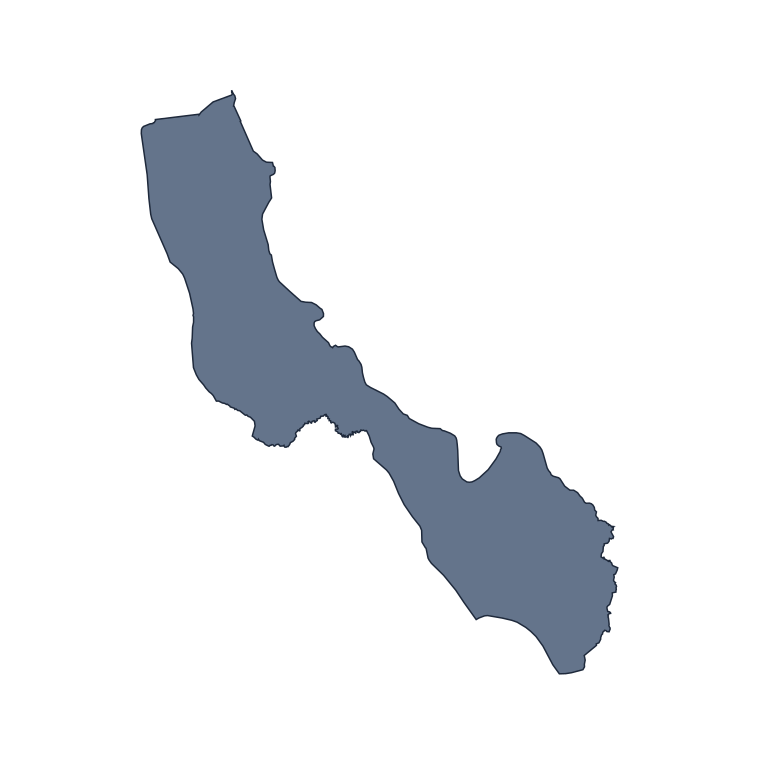 Kolaka Timur, Sulawesi Tenggara, Indonesia (Robinson projection), rotated 172°
{"feature_id": "22746128B88028223529334", "entity_name": "Kolaka Timur", "entity_type": "district", "adm_level": 2, "iso_a3": "IDN", "parent_name": "Indonesia", "parent_adm1": "Sulawesi Tenggara", "projection": "robinson", "projection_center": [121.666, -3.82], "detail": "fine", "context": "isolated", "style": "filled", "palette": "slate", "viewbox_px": 768, "rotation_deg": 172, "n_neighbors": 0, "source": "geoboundaries", "source_scale": "gbopen_adm2", "svg_char_len": 6147}
<svg xmlns="http://www.w3.org/2000/svg" viewBox="0 0 768 768"><g transform="rotate(172 384 384)"><path d="M529.9,676.9L573.6,677.7L573.6,676.8L575.2,674.8L576.1,674.8L576.7,674.1L579.5,674.2L586.3,672.5L587.8,671.3L588.8,669.6L589.5,665.8L589.4,624.2L591.0,600.2L591.4,584.6L591.0,580.0L580.6,543.1L578.8,534.5L571.7,526.9L568.0,520.8L566.7,516.5L563.9,500.9L562.7,485.0L562.8,480.4L563.6,478.4L563.2,477.0L564.0,471.6L565.6,467.1L567.6,455.9L568.9,451.2L570.4,426.7L568.6,419.3L566.6,414.2L562.7,408.2L561.1,404.9L558.3,400.7L556.2,398.5L554.7,396.3L552.4,390.4L550.1,390.1L546.7,387.7L544.5,387.0L542.8,385.7L542.0,385.8L539.8,383.7L539.4,382.7L535.7,380.9L535.2,379.6L534.1,379.9L532.4,378.1L530.7,377.7L525.9,372.6L525.3,372.3L524.2,372.5L523.1,370.9L520.9,369.7L517.5,365.1L517.5,360.4L521.7,350.8L520.2,349.5L518.4,347.1L516.8,346.0L516.3,346.0L516.0,346.7L515.3,345.2L511.4,343.0L510.0,340.7L506.8,338.5L506.1,338.4L505.4,339.1L504.2,339.1L503.5,339.6L502.3,339.1L501.6,337.9L500.9,337.7L499.1,339.0L497.3,339.1L496.8,338.9L495.5,336.9L492.5,336.7L491.6,337.2L491.4,335.9L490.9,335.2L489.3,335.1L488.5,335.6L487.8,335.3L486.0,337.0L484.8,339.0L482.2,339.9L480.2,341.5L480.1,342.6L478.0,344.5L478.5,347.2L478.0,348.2L476.4,349.3L475.7,350.4L475.2,350.4L474.5,349.4L473.8,349.5L473.5,351.5L471.5,352.3L469.8,353.5L469.5,354.5L468.3,354.8L467.9,356.1L464.8,355.4L464.2,355.8L464.5,357.2L463.8,357.6L463.1,357.4L462.0,355.8L461.2,355.4L460.4,357.0L458.3,357.4L458.0,357.0L458.2,356.1L457.6,355.7L456.5,356.6L455.2,357.1L455.4,358.6L452.2,359.0L451.7,359.4L451.2,360.8L448.4,360.7L447.2,361.8L445.8,362.0L445.4,361.9L445.3,361.3L446.0,360.6L445.9,360.1L444.9,360.3L444.5,359.4L443.9,359.1L444.4,357.6L443.0,357.1L443.4,355.4L442.0,355.1L442.0,353.1L441.4,352.8L440.9,353.2L439.8,353.2L438.2,352.0L437.9,350.1L438.0,348.2L437.5,348.3L436.3,349.6L435.8,349.3L436.3,347.7L435.6,346.7L435.6,346.1L436.6,345.7L437.5,346.1L438.4,346.0L438.6,344.5L436.5,343.0L436.2,341.6L434.6,341.3L434.1,340.4L433.2,340.7L433.1,339.3L432.6,338.9L432.8,338.2L432.4,337.5L431.8,337.4L431.7,338.8L431.3,339.1L430.6,338.4L429.8,338.4L430.3,337.2L430.1,336.8L428.0,336.9L427.2,336.1L426.6,336.7L427.1,337.8L425.9,338.0L425.5,339.0L424.1,338.9L424.1,337.7L423.4,338.7L421.7,338.0L421.4,338.7L422.1,339.8L422.2,340.8L421.9,341.2L421.5,341.1L421.3,340.1L420.0,340.5L419.1,339.3L418.8,339.3L418.6,340.6L418.1,341.1L417.7,340.7L417.1,340.9L416.8,339.9L416.1,339.5L415.5,339.4L414.8,340.3L413.9,340.3L413.3,341.6L411.9,341.0L410.5,341.1L409.8,340.3L408.7,340.0L408.4,340.4L407.8,340.3L405.9,334.6L404.9,328.0L403.2,323.1L402.9,321.1L404.8,316.2L404.7,311.4L393.5,298.5L391.3,294.9L388.0,286.4L384.8,273.5L380.8,261.7L374.3,248.6L368.2,238.2L367.1,233.9L368.4,222.3L365.8,216.1L365.2,215.5L364.6,205.5L363.9,203.5L362.0,199.8L351.6,186.3L341.6,169.8L335.2,156.5L325.5,137.9L322.5,139.1L316.7,140.4L313.7,140.3L299.6,135.8L290.3,132.2L285.3,129.6L277.4,123.2L273.1,118.6L268.6,112.8L263.1,102.4L255.9,82.5L250.7,72.6L244.4,71.9L238.5,72.0L226.8,73.4L224.8,76.0L224.6,78.5L223.2,82.6L223.5,87.3L210.0,95.6L210.0,97.1L207.2,97.8L204.9,101.2L204.8,102.5L203.4,105.4L202.4,106.0L202.0,107.4L201.2,108.4L200.4,108.7L199.8,109.4L198.4,108.9L197.7,107.8L195.6,107.3L194.2,109.8L194.1,111.1L194.6,112.0L194.9,113.6L194.5,114.7L194.3,121.0L194.6,122.2L194.1,123.1L194.5,124.1L192.8,125.3L191.5,125.3L191.6,126.2L192.5,127.0L194.1,127.6L194.4,130.3L194.3,132.0L193.3,133.1L191.2,134.3L187.3,142.4L187.0,145.4L183.3,145.7L183.0,147.6L182.6,147.9L182.5,150.2L181.9,151.1L182.1,152.6L183.0,153.7L182.9,154.7L182.4,155.0L183.7,156.6L184.0,157.8L182.9,160.7L183.0,163.2L181.2,163.7L178.9,167.4L178.1,169.5L182.6,172.2L183.2,173.1L183.5,175.1L184.7,176.6L184.8,177.8L185.5,177.9L185.5,177.1L186.5,177.1L187.0,177.9L189.7,179.9L190.1,181.1L190.5,180.5L190.9,181.7L191.6,181.3L193.1,182.6L192.3,185.7L190.5,187.6L189.4,192.6L188.5,193.3L188.2,195.1L184.7,195.3L183.0,197.0L182.2,199.7L180.4,198.9L179.5,199.4L178.7,199.2L177.9,200.8L179.8,206.0L178.2,207.8L177.3,207.7L177.4,208.4L176.8,209.7L177.8,210.4L176.6,210.9L178.6,211.4L180.3,213.3L181.0,212.9L181.4,214.3L182.8,215.1L183.0,216.0L184.8,217.4L186.0,217.5L187.9,218.8L191.0,219.0L190.8,221.2L192.0,222.8L192.6,224.6L191.4,227.8L192.9,229.9L192.9,232.5L194.0,235.1L195.4,236.6L197.1,237.4L200.5,237.8L201.9,239.0L203.5,243.3L205.7,246.1L207.4,249.4L210.9,252.4L214.7,253.0L219.3,257.7L222.9,265.6L224.2,266.9L229.2,269.1L231.1,270.8L231.6,273.0L233.1,275.4L234.1,278.1L236.1,292.8L236.9,296.7L238.3,299.8L241.6,304.4L252.1,313.4L255.5,315.9L259.6,317.2L267.3,318.3L273.6,318.1L277.3,317.3L278.8,316.2L280.1,314.6L280.6,313.5L280.8,310.1L280.5,308.4L278.7,306.4L276.9,305.4L276.7,304.1L277.7,302.9L278.2,301.2L283.5,294.2L292.7,284.7L302.7,277.8L307.5,275.7L310.5,274.8L313.1,274.8L315.6,275.5L319.7,279.1L321.4,282.5L322.3,287.9L320.2,308.2L319.9,313.7L319.8,318.1L320.1,320.5L321.2,322.8L325.1,326.0L330.8,329.2L332.6,329.8L334.6,332.0L342.8,333.5L346.6,335.1L355.1,339.8L363.8,346.3L365.3,349.7L369.1,351.7L372.7,357.0L375.9,363.7L382.5,371.1L385.8,374.1L397.8,382.4L401.6,385.6L402.7,388.6L403.4,393.5L403.8,398.0L403.6,403.6L404.0,406.6L405.7,410.4L406.8,411.9L408.9,419.6L410.4,422.9L413.8,425.8L417.3,427.0L424.2,427.1L425.0,427.5L426.6,429.1L429.0,428.2L429.8,427.1L431.7,428.6L432.3,429.6L433.2,432.6L438.5,438.9L440.6,442.6L442.7,445.2L444.2,448.4L445.1,451.5L444.7,454.2L443.9,455.5L442.4,456.1L438.8,456.5L434.6,459.3L434.1,462.1L435.1,466.5L436.9,468.1L440.1,471.8L444.4,474.8L450.2,475.9L454.7,477.4L464.4,488.8L473.3,499.7L474.3,501.6L475.2,504.5L476.5,513.4L477.4,520.4L477.6,527.4L478.9,528.8L479.5,532.4L479.3,538.1L481.7,553.4L482.0,564.1L480.6,569.2L472.9,579.8L469.4,583.9L469.1,597.5L468.3,600.2L468.1,605.0L467.7,606.0L464.3,607.0L462.9,608.1L462.1,610.4L461.9,613.6L462.7,614.9L463.2,615.0L463.6,618.9L469.5,620.0L473.2,622.7L477.6,629.5L481.0,632.8L489.8,664.1L489.2,664.4L493.8,679.9L494.3,680.1L493.1,683.6L491.3,687.2L491.6,690.1L492.9,692.4L494.0,696.1L494.3,693.5L493.2,692.8L494.8,691.3L505.4,689.0L514.0,687.1L527.1,678.8L529.8,676.1L529.9,676.9Z" fill="#64748b" stroke="#1e293b" stroke-width="1.5"/></g></svg>